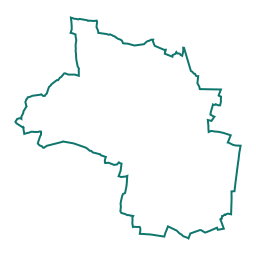 Chapab, Yucatán, Mexico
{"feature_id": "50627088B60332279598838", "entity_name": "Chapab", "entity_type": "district", "adm_level": 2, "iso_a3": "MEX", "parent_name": "Mexico", "parent_adm1": "Yucatán", "projection": "robinson", "projection_center": [-89.499, 20.5], "detail": "fine", "context": "isolated", "style": "outline", "palette": "teal", "viewbox_px": 256, "rotation_deg": 0, "n_neighbors": 0, "source": "geoboundaries", "source_scale": "gbopen_adm2", "svg_char_len": 3926}
<svg xmlns="http://www.w3.org/2000/svg" viewBox="0 0 256 256"><path d="M234.5,191.2L235.5,182.5L238.3,160.8L238.4,160.7L239.3,152.8L240.6,145.7L235.7,145.5L233.1,144.9L228.7,142.7L227.8,142.5L230.7,135.3L228.8,134.6L228.3,134.5L223.4,132.9L222.1,132.6L218.5,131.8L214.6,131.5L211.8,131.0L210.9,131.0L208.7,132.0L208.4,128.4L208.4,125.9L207.8,120.0L211.5,120.9L214.4,116.7L213.5,116.4L210.4,114.6L210.8,112.1L213.0,104.5L213.6,104.9L215.1,104.8L215.7,104.2L216.8,104.7L218.4,105.3L220.1,105.3L220.9,101.8L220.9,100.1L220.9,98.8L221.0,96.6L219.4,96.0L218.6,95.5L220.9,89.5L199.8,89.1L199.2,86.5L197.4,83.2L197.8,79.8L198.2,76.2L197.2,76.2L196.0,75.8L195.0,73.8L194.0,73.7L192.2,71.7L190.9,71.0L184.0,47.8L183.2,47.7L183.3,50.8L182.8,53.3L182.2,55.8L181.2,55.3L180.7,55.1L180.4,54.5L179.9,53.9L178.9,53.5L178.1,53.4L177.6,53.5L177.1,53.2L176.3,52.1L175.5,53.8L172.7,55.0L172.4,56.7L164.8,53.7L165.0,51.7L165.3,51.5L165.8,49.8L165.8,49.7L164.3,49.9L154.7,45.8L152.7,40.7L153.1,39.7L151.1,39.7L149.2,40.8L148.2,40.9L146.5,41.8L144.0,44.2L134.6,45.5L132.2,44.9L127.9,43.7L127.1,43.6L123.4,43.4L122.9,43.1L122.3,41.3L121.8,40.7L121.6,40.4L120.4,39.6L117.8,38.7L116.3,37.7L115.5,36.8L114.9,36.7L114.0,36.1L113.1,35.9L112.6,35.5L110.6,34.5L109.7,34.4L109.0,34.8L107.0,34.2L106.4,34.0L101.3,33.3L98.3,32.9L98.1,30.9L96.5,27.1L97.1,21.7L96.6,20.6L94.1,21.0L88.7,20.6L88.1,20.9L87.0,20.2L79.5,18.9L78.5,19.4L75.6,18.8L74.6,18.8L70.9,17.6L71.4,21.7L71.7,26.2L71.7,29.5L70.6,32.9L72.6,33.3L75.6,34.5L75.5,35.9L76.3,40.2L75.7,44.0L75.6,46.7L75.8,48.5L75.6,50.4L75.7,51.7L76.0,53.8L76.1,56.2L76.1,57.5L76.4,60.1L76.7,61.7L77.7,66.6L78.9,68.5L78.7,70.4L78.8,71.8L78.8,75.8L74.9,74.6L71.7,74.6L70.4,74.6L68.3,74.6L66.3,73.8L65.0,73.3L64.2,73.4L63.8,73.7L63.3,74.5L62.8,75.1L62.3,75.6L61.7,76.5L61.1,77.0L60.4,77.4L59.8,77.8L58.2,80.1L56.9,80.1L51.2,84.5L50.8,85.4L50.1,86.0L49.0,87.0L48.2,89.1L47.8,90.4L46.9,93.2L46.6,93.7L45.4,94.8L44.9,95.8L43.3,96.0L41.2,94.3L40.3,94.7L32.3,95.8L29.9,96.9L27.7,97.3L27.3,98.6L26.9,98.9L26.5,99.1L25.4,101.9L25.5,102.9L25.8,103.5L26.1,105.4L26.6,106.6L26.0,107.2L23.5,111.3L23.4,112.2L23.1,113.4L22.5,114.5L21.4,116.6L21.4,118.9L20.6,118.4L19.8,118.2L19.5,118.2L17.0,119.1L16.9,119.5L15.4,121.7L16.3,123.2L18.1,124.4L22.3,127.1L23.0,126.8L23.7,127.7L23.4,128.7L24.3,133.9L24.8,133.7L27.4,133.0L29.1,132.6L31.6,131.7L35.1,132.0L38.2,131.9L40.0,131.4L41.0,131.6L41.0,133.8L41.0,134.7L40.3,135.8L38.5,141.0L37.8,143.5L39.6,145.4L42.1,146.4L43.1,147.7L43.9,147.8L46.8,145.8L57.1,143.2L62.9,141.7L63.0,141.5L73.7,143.4L85.7,147.6L87.5,148.8L89.8,150.8L90.4,150.8L91.3,150.9L92.7,152.4L100.2,154.3L100.7,155.2L102.2,155.7L105.9,157.0L105.4,158.2L104.8,160.4L105.0,161.8L104.9,162.7L105.1,163.0L106.3,163.0L108.4,162.7L112.4,164.2L113.9,164.9L116.9,164.5L118.6,162.7L118.9,162.4L119.4,163.0L121.5,163.6L120.6,170.8L118.6,176.2L121.3,177.0L124.7,176.6L125.5,176.6L127.3,175.9L127.2,176.6L126.7,184.2L126.5,185.1L126.5,186.0L125.1,193.0L122.9,194.1L122.1,196.3L121.0,201.1L120.6,203.4L120.6,204.3L120.9,206.3L120.4,211.3L121.4,213.0L124.8,213.9L127.3,215.1L129.1,215.1L130.9,215.8L131.4,215.6L133.2,216.0L132.4,217.6L132.5,220.7L132.3,223.3L132.5,224.1L132.5,224.7L132.7,225.0L132.7,226.0L132.8,226.6L133.0,227.1L133.5,226.9L133.9,226.8L137.6,227.0L138.9,226.9L139.6,226.9L140.2,227.8L140.3,228.9L140.3,230.5L140.1,232.0L139.8,233.8L141.5,233.9L150.8,234.5L164.3,236.6L165.4,232.9L166.6,230.0L168.0,226.4L176.7,230.6L179.4,233.3L180.2,233.8L180.7,234.1L181.7,234.7L183.2,236.2L187.8,237.9L188.5,238.4L190.3,233.5L199.9,230.1L201.0,230.1L205.1,232.6L210.1,230.7L217.0,227.7L217.8,229.8L223.8,228.7L221.3,221.7L221.2,221.5L220.8,220.5L220.4,219.6L220.4,219.2L220.6,218.9L221.1,218.9L221.6,218.9L221.8,218.7L221.8,217.6L222.1,216.0L222.9,216.1L224.0,215.1L224.5,214.7L224.8,215.0L225.4,215.0L226.0,214.3L228.0,213.6L231.1,214.3L231.6,198.4L231.5,191.4L234.5,191.2Z" fill="none" stroke="#0f766e" stroke-width="2"/></svg>